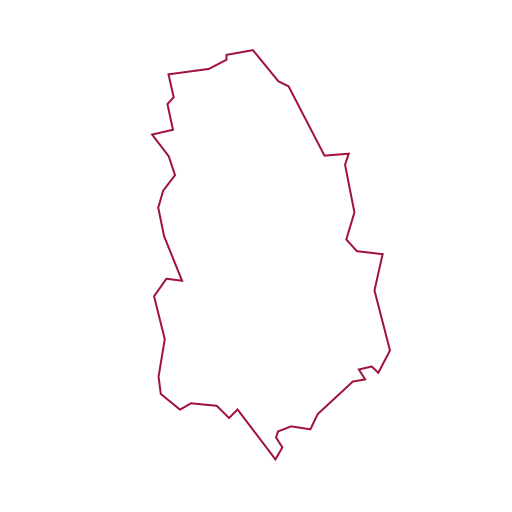 SVG path tracing the border of Bandundu, rotated 167°
{"feature_id": "COD-1871", "entity_name": "Bandundu", "entity_type": "Province", "adm_level": 1, "iso_a3": "COD", "parent_name": "Democratic Republic of the Congo", "parent_adm1": "", "projection": "robinson", "projection_center": [18.46, -4.427], "detail": "coarse", "context": "isolated", "style": "outline", "palette": "rose", "viewbox_px": 512, "rotation_deg": 167, "n_neighbors": 0, "source": "natural_earth", "source_scale": "10m", "svg_char_len": 747}
<svg xmlns="http://www.w3.org/2000/svg" viewBox="0 0 512 512"><g transform="rotate(167 256 256)"><path d="M148.3,195.8L146.7,133.8L163.1,114.7L168.1,122.3L181.3,122.3L177.4,111.2L189.9,111.9L231.4,88.1L242.0,74.9L260.1,82.1L274.0,80.1L277.3,74.7L273.4,63.6L282.8,53.4L308.5,110.6L318.7,104.2L328.0,118.9L352.5,127.1L364.6,123.4L379.8,143.0L378.1,160.3L363.6,195.5L364.4,239.7L348.4,254.0L333.6,248.5L341.1,296.1L340.4,325.0L331.8,340.5L316.7,353.0L318.6,372.8L329.9,397.7L308.5,397.7L308.1,424.0L300.5,429.2L300.4,452.7L259.8,448.9L240.6,453.9L239.5,458.6L212.7,457.3L194.9,421.2L186.1,414.0L166.7,338.4L142.6,334.8L148.7,324.9L150.3,276.3L164.3,251.8L156.6,238.0L132.2,229.3L148.3,195.8Z" fill="none" stroke="#9f1239" stroke-width="2"/></g></svg>